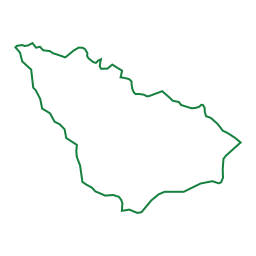 Ouanda-Djallé, Vakaga, Central African Republic (Natural Earth projection)
{"feature_id": "33826404B28698929649290", "entity_name": "Ouanda-Djallé", "entity_type": "district", "adm_level": 2, "iso_a3": "CAF", "parent_name": "Central African Republic", "parent_adm1": "Vakaga", "projection": "natural_earth1", "projection_center": [22.364, 9.073], "detail": "fine", "context": "isolated", "style": "outline", "palette": "green", "viewbox_px": 256, "rotation_deg": 0, "n_neighbors": 0, "source": "geoboundaries", "source_scale": "gbopen_adm2", "svg_char_len": 1311}
<svg xmlns="http://www.w3.org/2000/svg" viewBox="0 0 256 256"><path d="M15.4,47.3L20.0,52.6L20.5,54.6L22.2,61.3L26.4,65.3L31.2,69.6L33.2,87.6L35.7,90.2L40.2,98.9L42.2,108.6L50.0,113.3L54.6,121.7L59.6,124.2L64.6,129.3L66.3,138.1L76.9,144.9L76.3,151.0L76.8,156.9L80.1,165.6L82.4,181.9L86.5,184.7L92.0,187.7L95.2,191.3L105.2,195.6L113.1,195.0L118.8,196.8L121.2,199.8L122.4,203.4L121.9,210.8L129.4,209.6L132.9,211.1L137.3,212.9L141.5,212.2L151.4,200.3L158.7,194.3L164.6,191.8L183.7,191.8L200.6,183.5L212.3,181.2L218.6,183.3L221.1,182.3L223.0,177.7L222.7,169.0L223.5,158.8L226.0,155.6L240.6,142.5L235.1,137.9L226.9,132.6L222.9,130.8L217.6,123.9L210.8,117.9L206.0,116.2L204.8,111.7L204.6,107.7L202.8,104.9L201.3,104.8L199.0,106.9L195.7,107.9L191.6,108.3L183.3,105.7L181.0,105.0L178.9,102.0L172.8,100.8L169.2,97.3L162.2,91.2L149.6,95.9L147.1,96.4L143.9,94.7L139.2,94.0L135.8,94.1L134.0,92.7L132.2,88.6L131.6,84.0L131.5,81.4L129.2,79.2L124.9,78.0L120.6,77.3L122.1,70.7L112.3,64.6L107.4,68.6L101.1,68.8L99.7,66.2L100.2,62.9L100.9,59.3L98.4,60.5L95.9,62.9L93.1,62.0L88.4,58.2L87.1,55.9L87.4,53.1L85.1,49.3L82.9,47.8L78.7,47.6L73.6,50.6L65.3,57.4L57.1,54.5L53.3,53.4L49.8,51.1L43.2,50.3L40.0,46.8L36.1,47.7L32.4,43.1L28.2,45.4L24.7,46.0L21.9,45.0L16.9,45.9L15.4,47.3Z" fill="none" stroke="#15803d" stroke-width="2"/></svg>